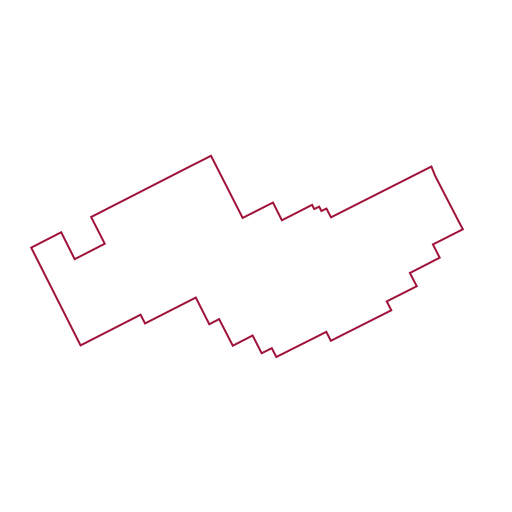 Prairie, Montana, United States of America, rotated 333°
{"feature_id": "52423323B29603956786477", "entity_name": "Prairie", "entity_type": "district", "adm_level": 2, "iso_a3": "USA", "parent_name": "United States of America", "parent_adm1": "Montana", "projection": "equal_earth", "projection_center": [-105.314, 46.861], "detail": "fine", "context": "isolated", "style": "outline", "palette": "rose", "viewbox_px": 512, "rotation_deg": 333, "n_neighbors": 0, "source": "geoboundaries", "source_scale": "gbopen_adm2", "svg_char_len": 641}
<svg xmlns="http://www.w3.org/2000/svg" viewBox="0 0 512 512"><g transform="rotate(333 256 256)"><path d="M59.1,256.0L126.5,255.9L126.5,265.7L183.5,265.7L183.4,295.6L194.5,295.5L194.6,325.4L216.9,325.3L216.9,345.2L228.2,345.3L228.3,355.2L284.2,355.5L284.2,365.5L351.9,365.8L351.9,355.8L385.5,355.9L385.4,341.0L418.9,340.9L418.9,326.0L452.4,326.1L452.3,316.1L452.0,265.8L452.9,255.9L340.4,255.6L340.3,245.7L334.7,245.6L334.7,240.7L329.2,240.6L329.2,235.9L295.3,235.9L295.4,216.1L261.4,216.0L261.4,146.3L239.8,146.2L126.8,146.4L126.8,176.4L93.0,176.5L93.2,146.4L59.5,146.5L59.1,256.0Z" fill="none" stroke="#9f1239" stroke-width="2"/></g></svg>